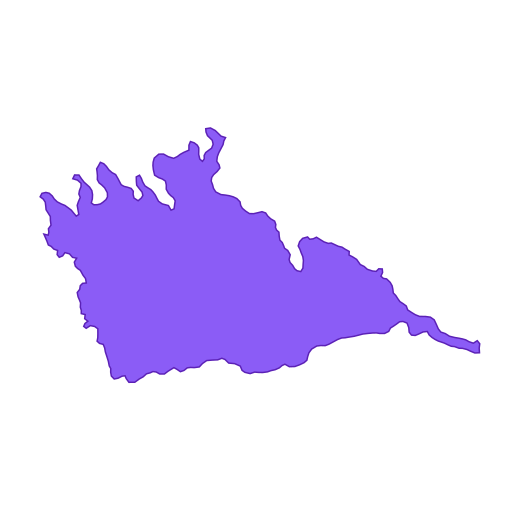 Inimutaba, Minas Gerais, Brazil, rotated 260°
{"feature_id": "56859067B29912856835593", "entity_name": "Inimutaba", "entity_type": "district", "adm_level": 2, "iso_a3": "BRA", "parent_name": "Brazil", "parent_adm1": "Minas Gerais", "projection": "mercator", "projection_center": [-44.274, -18.774], "detail": "fine", "context": "isolated", "style": "filled", "palette": "violet", "viewbox_px": 512, "rotation_deg": 260, "n_neighbors": 0, "source": "geoboundaries", "source_scale": "gbopen_adm2", "svg_char_len": 5045}
<svg xmlns="http://www.w3.org/2000/svg" viewBox="0 0 512 512"><g transform="rotate(260 256 256)"><path d="M377.9,246.6L380.1,242.4L383.3,240.1L386.7,237.6L390.0,233.4L390.1,228.6L386.8,228.3L382.9,229.1L379.9,231.3L377.5,233.0L373.5,233.2L369.9,231.0L368.2,227.5L366.6,224.4L364.0,222.4L360.6,221.9L358.5,219.7L361.2,217.5L366.0,217.2L369.5,217.9L372.5,218.4L375.4,217.4L378.2,214.8L380.1,211.3L376.8,209.2L371.9,208.3L370.6,202.9L369.3,199.1L367.6,195.8L366.5,191.9L369.0,186.9L372.4,182.7L373.2,178.0L370.1,172.8L366.3,171.0L363.0,170.2L358.8,169.9L353.2,170.2L350.1,173.7L348.0,177.2L345.5,179.8L341.6,180.0L337.4,179.2L333.0,180.7L330.3,182.5L327.9,184.7L324.4,186.0L320.5,184.7L316.7,183.5L315.9,180.3L320.9,178.5L323.6,172.7L326.8,169.5L330.1,168.4L333.5,167.4L337.3,165.5L339.7,163.9L342.1,161.2L344.4,158.8L348.5,157.3L352.3,156.6L355.8,155.3L354.7,151.8L350.0,151.1L346.4,150.8L342.7,152.7L338.7,154.9L335.2,155.1L333.0,153.1L330.9,149.5L334.3,145.9L338.1,145.7L341.1,146.4L344.2,144.8L346.0,141.5L347.5,138.1L349.6,135.6L352.7,134.6L356.2,133.5L360.6,131.9L363.1,128.7L366.5,126.0L370.3,124.2L373.3,122.1L375.3,119.0L371.9,116.3L369.5,114.2L366.5,114.1L362.8,113.8L358.8,113.0L355.2,114.2L352.9,116.3L349.4,118.8L344.1,120.6L340.0,120.0L337.6,118.1L335.6,114.7L334.3,111.9L334.1,108.6L334.6,105.2L336.9,103.0L340.5,104.7L344.8,105.7L348.9,105.7L352.7,104.1L356.2,101.4L358.6,99.5L362.2,97.6L366.5,95.7L367.3,91.4L363.9,89.0L361.7,93.4L358.0,96.3L354.7,95.7L351.1,93.5L347.8,92.3L344.2,93.1L340.1,90.4L336.9,88.7L333.0,88.7L327.7,88.7L326.5,85.9L330.1,83.8L333.2,82.1L336.0,79.5L339.0,76.6L341.0,73.4L343.8,69.7L347.2,67.2L350.5,65.8L353.7,63.3L355.1,60.1L354.9,56.1L351.8,53.7L348.9,56.4L345.6,57.8L341.6,57.6L338.0,57.3L334.1,58.9L330.6,60.3L326.8,59.7L322.0,59.5L318.9,56.3L315.3,56.1L312.6,54.9L314.4,50.9L310.3,51.9L306.9,52.7L302.9,53.4L301.1,55.9L297.9,58.1L295.9,61.6L291.9,60.4L288.9,62.0L289.7,65.6L292.5,68.4L290.5,72.7L286.5,75.1L285.0,79.0L281.5,76.0L277.3,76.3L274.7,78.1L272.4,80.5L267.1,82.3L263.4,84.2L258.9,84.2L259.2,80.5L257.3,77.8L253.8,76.6L251.1,73.6L246.7,73.7L243.8,74.4L240.3,75.1L236.1,74.1L232.8,74.5L229.6,73.9L228.0,77.6L224.0,76.4L221.0,79.1L219.2,75.8L216.6,74.1L214.3,76.2L216.2,80.8L214.6,84.9L211.8,87.6L207.0,86.8L203.0,86.0L199.7,84.7L197.1,86.7L195.5,90.2L191.7,91.0L187.7,91.0L182.7,91.7L178.0,92.3L173.2,92.4L170.4,93.4L166.8,92.7L162.9,92.7L159.5,95.0L159.6,99.0L160.9,103.2L160.8,106.2L157.8,106.9L153.7,108.9L152.7,114.7L155.2,119.8L156.6,123.9L159.0,127.7L159.3,131.4L160.1,134.4L159.1,137.6L156.5,140.7L155.7,145.3L157.8,149.4L159.0,152.4L160.3,155.8L158.1,158.5L155.2,161.5L155.8,165.2L157.8,168.9L157.6,172.3L156.8,175.9L156.6,180.9L159.4,184.6L161.6,189.3L161.1,194.7L160.4,200.3L161.2,204.6L159.5,207.5L155.3,210.5L153.7,216.3L150.3,221.4L145.8,222.4L143.4,224.8L141.2,229.8L141.9,234.5L140.9,238.3L140.1,242.3L139.9,247.3L140.5,250.7L140.7,255.1L141.8,259.6L143.6,262.6L144.4,265.7L141.2,269.6L140.4,275.1L141.3,280.1L142.6,284.8L144.5,288.0L147.9,289.4L151.5,291.3L154.7,294.7L156.8,300.2L156.6,304.2L155.7,308.6L156.5,312.6L158.0,317.1L159.6,321.9L160.4,326.1L160.0,329.6L160.0,333.1L159.9,338.7L160.3,344.1L160.6,347.6L160.3,353.0L159.9,357.7L159.3,361.4L158.2,364.5L157.4,369.2L158.7,373.6L161.7,375.9L163.0,379.1L164.5,382.4L166.3,386.0L166.0,389.4L163.7,393.1L158.9,394.0L154.4,393.6L151.1,395.4L150.1,399.0L150.9,402.6L152.2,407.4L151.9,411.6L148.2,412.8L145.2,415.2L142.7,417.9L140.6,420.7L139.1,423.5L137.5,426.4L135.2,429.6L133.2,432.6L132.3,435.8L129.9,440.0L129.2,443.3L127.3,447.5L124.9,450.9L122.5,454.7L121.9,459.3L126.5,459.8L130.7,461.1L134.2,459.2L132.4,454.9L134.6,450.9L137.0,448.0L138.5,444.9L139.8,441.6L141.2,437.6L143.4,432.6L146.7,429.0L149.0,424.8L152.5,422.9L157.4,421.7L162.2,420.4L165.5,417.1L167.0,412.4L168.1,406.6L170.5,402.7L173.2,399.6L176.6,396.0L180.7,395.3L183.6,392.5L186.1,389.8L189.2,388.3L192.8,386.8L195.7,384.8L199.7,385.0L203.0,384.9L206.7,383.6L210.8,380.6L211.8,377.6L214.4,375.5L217.8,377.8L221.3,378.1L222.1,374.7L220.0,371.7L221.0,368.1L223.6,363.3L226.9,360.7L229.5,357.2L235.2,354.5L238.4,351.0L240.8,347.8L244.3,348.6L247.2,345.0L249.8,342.2L251.3,338.7L253.4,335.7L255.7,332.4L255.9,329.3L258.1,325.4L261.4,321.7L264.0,318.8L263.0,315.3L263.2,311.8L265.8,310.1L265.3,305.0L262.6,301.5L258.6,299.3L254.7,300.5L251.6,301.0L247.3,302.0L243.3,301.9L239.8,301.0L235.9,300.1L232.9,297.4L234.4,293.8L236.8,291.8L240.4,290.5L243.7,288.4L246.8,288.0L251.3,289.9L256.0,288.2L258.6,285.5L261.4,285.0L264.7,284.2L267.5,282.3L271.4,282.3L275.5,282.7L277.9,280.8L280.7,280.1L283.6,281.0L287.1,280.4L290.1,276.9L293.3,274.5L296.7,273.0L298.6,269.6L298.3,265.2L298.1,261.0L298.9,256.9L302.0,253.6L305.4,250.8L308.5,249.7L312.1,249.7L315.9,247.1L318.2,243.9L320.0,240.2L321.3,236.5L322.6,232.1L326.1,227.5L330.0,225.9L333.8,225.6L337.6,224.9L341.0,226.0L343.5,228.4L345.9,232.3L348.9,235.7L352.2,235.5L356.1,233.8L360.6,235.2L364.0,237.2L367.9,240.2L371.4,242.9L374.9,244.3L377.9,246.6Z" fill="#8b5cf6" stroke="#5b21b6" stroke-width="1.5"/></g></svg>